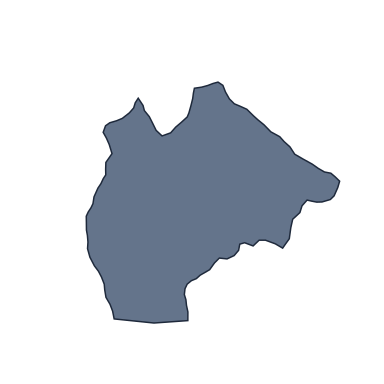 outline of Santa Cruz da Conceição, São Paulo, Brazil, rotated 149°
{"feature_id": "56859067B94691045798687", "entity_name": "Santa Cruz da Conceição", "entity_type": "district", "adm_level": 2, "iso_a3": "BRA", "parent_name": "Brazil", "parent_adm1": "São Paulo", "projection": "natural_earth1", "projection_center": [-47.493, -22.126], "detail": "fine", "context": "isolated", "style": "filled", "palette": "slate", "viewbox_px": 384, "rotation_deg": 149, "n_neighbors": 0, "source": "geoboundaries", "source_scale": "gbopen_adm2", "svg_char_len": 1548}
<svg xmlns="http://www.w3.org/2000/svg" viewBox="0 0 384 384"><g transform="rotate(149 192 192)"><path d="M102.4,234.7L106.7,240.9L110.3,245.8L112.0,252.5L111.8,260.5L110.6,267.5L113.1,272.8L118.1,274.2L123.7,275.2L129.7,276.9L136.5,279.7L139.9,276.0L143.3,271.7L148.4,266.6L153.9,261.4L157.4,258.8L165.3,257.2L172.6,256.0L179.8,253.7L188.8,255.5L191.0,263.3L190.3,271.7L189.8,278.6L190.9,286.3L189.4,291.4L189.8,300.1L194.7,297.7L198.7,294.1L204.9,292.1L213.8,291.0L219.9,291.9L226.8,293.7L232.0,293.3L237.4,288.9L237.6,282.4L238.5,275.3L240.8,266.1L250.6,261.7L254.3,256.0L257.1,251.1L261.1,249.2L265.7,246.1L270.6,243.8L278.5,238.3L282.9,233.0L286.7,230.5L291.1,228.4L295.1,225.7L298.4,220.0L302.1,213.7L304.0,208.7L307.0,202.6L310.7,197.3L313.1,188.7L313.7,179.0L313.0,172.4L313.4,165.7L314.7,158.2L317.2,153.1L320.0,146.0L320.1,138.0L321.4,130.8L324.1,123.3L292.1,99.3L261.8,83.9L257.3,91.3L255.1,97.7L252.7,102.8L251.4,108.0L247.8,112.7L243.6,115.5L238.2,116.3L232.9,115.5L227.8,116.5L216.9,116.3L209.3,119.6L202.6,121.3L196.4,116.6L188.6,115.8L182.1,118.0L177.9,122.7L173.0,121.4L167.4,114.3L159.3,116.1L153.9,112.9L147.3,104.7L143.2,97.2L139.0,99.1L132.7,101.8L125.7,110.5L119.7,116.8L114.3,117.9L110.1,118.8L104.8,123.5L97.5,125.8L94.1,122.5L90.3,119.1L85.7,116.5L77.3,114.3L72.2,115.5L64.8,120.7L59.9,125.2L61.5,131.3L63.3,136.6L68.2,141.0L71.7,147.4L74.6,154.0L80.1,163.5L84.5,171.5L84.8,180.2L87.1,187.8L88.3,194.2L93.4,202.9L95.7,212.6L98.3,219.8L100.1,225.7L102.4,234.7Z" fill="#64748b" stroke="#1e293b" stroke-width="1.5"/></g></svg>